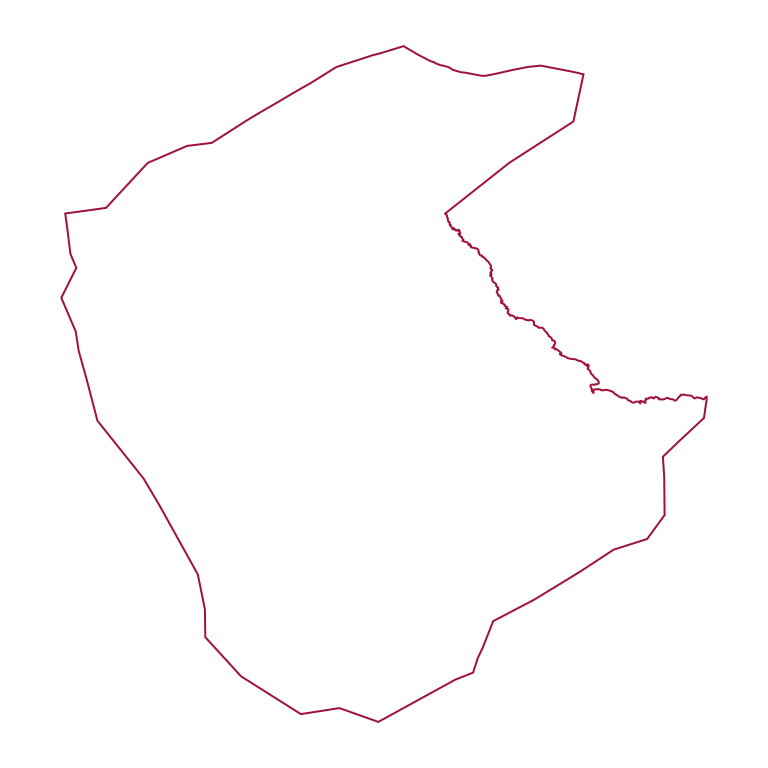 the district of Dashbalbar, Dornod, Mongolia
{"feature_id": "93677404B44284139751504", "entity_name": "Dashbalbar", "entity_type": "district", "adm_level": 2, "iso_a3": "MNG", "parent_name": "Mongolia", "parent_adm1": "Dornod", "projection": "natural_earth1", "projection_center": [114.612, 49.67], "detail": "fine", "context": "isolated", "style": "outline", "palette": "rose", "viewbox_px": 768, "rotation_deg": 0, "n_neighbors": 0, "source": "geoboundaries", "source_scale": "gbopen_adm2", "svg_char_len": 6065}
<svg xmlns="http://www.w3.org/2000/svg" viewBox="0 0 768 768"><path d="M300.8,714.1L339.4,708.1L378.3,721.9L455.2,679.7L473.1,672.6L477.8,658.0L482.8,647.5L493.2,621.1L534.3,599.6L578.9,572.4L613.7,549.6L647.1,539.0L664.6,515.1L664.2,476.6L662.9,456.7L679.5,440.8L704.0,417.9L706.7,398.9L706.6,396.9L705.2,397.6L703.9,399.3L702.4,399.0L701.4,398.3L700.6,398.0L697.2,397.4L696.6,397.5L694.5,398.4L694.2,398.3L693.4,397.5L691.5,395.9L690.5,395.6L686.3,395.2L683.7,394.5L682.4,395.1L681.5,394.6L681.0,394.7L680.3,395.3L680.1,396.1L678.6,397.2L676.9,399.6L676.4,400.0L675.0,400.6L674.3,400.5L673.3,399.5L672.2,399.1L669.8,399.1L668.7,398.3L667.6,397.9L666.9,397.9L664.6,399.0L663.4,399.4L659.6,399.4L659.2,399.3L659.4,398.7L659.0,398.4L658.1,398.1L657.4,397.3L656.9,397.1L655.6,396.8L654.8,397.3L653.9,398.4L652.7,397.9L652.2,397.4L651.4,397.2L650.8,397.7L649.7,397.6L649.3,397.7L647.8,398.8L646.2,398.6L645.6,399.2L645.7,399.4L646.0,399.7L645.9,400.1L645.2,400.9L645.1,401.2L645.2,401.6L645.6,402.3L645.6,402.6L645.3,402.7L644.5,402.7L643.9,401.7L643.4,401.5L642.3,401.8L642.0,401.3L641.6,401.1L640.1,401.0L639.8,401.4L639.8,401.8L640.3,402.8L640.2,403.3L639.9,403.2L638.9,401.8L637.4,401.7L636.7,401.5L636.1,401.6L634.5,402.5L633.2,402.7L632.2,402.5L630.5,401.1L628.3,400.3L627.8,399.9L627.4,399.0L626.7,398.5L623.7,397.4L622.5,397.9L621.0,397.4L618.3,396.2L617.8,395.6L615.0,394.0L614.3,393.5L613.7,392.4L613.4,392.2L612.2,391.8L611.9,391.4L610.5,390.9L607.5,390.0L605.5,389.8L604.4,390.2L603.3,390.1L602.0,390.4L601.2,390.2L600.3,389.5L599.4,389.4L598.9,389.2L597.1,389.4L595.8,389.2L594.8,389.3L594.3,389.8L593.6,390.7L593.4,392.0L593.7,393.7L593.1,392.5L592.7,392.0L592.3,391.7L591.6,390.3L591.6,390.0L592.1,389.2L591.9,388.7L591.3,388.1L590.5,386.5L590.4,385.8L590.5,385.4L591.0,384.9L592.5,384.5L594.2,384.8L594.7,384.7L595.8,384.2L597.5,384.1L598.4,383.6L598.9,382.7L598.4,381.2L597.9,380.4L596.5,378.9L595.3,378.4L593.6,376.4L592.9,375.2L591.3,373.9L590.7,373.2L590.6,372.7L590.7,371.8L589.9,370.8L588.7,369.5L588.0,369.1L587.7,368.6L588.5,366.5L588.7,365.3L588.4,364.9L588.0,364.5L587.4,364.4L587.0,364.7L586.9,365.5L586.8,365.8L586.5,365.6L586.4,364.8L585.9,364.6L585.2,364.6L584.7,364.4L584.6,363.3L583.1,362.7L581.1,361.3L580.2,360.9L577.7,360.6L576.2,359.5L575.3,359.3L570.4,358.8L568.3,358.3L564.2,356.2L561.2,355.2L560.3,354.6L559.9,354.2L560.2,353.8L561.0,353.8L561.4,353.5L561.4,353.1L561.0,352.6L559.4,351.5L557.1,349.5L555.9,349.1L555.1,349.3L554.8,349.2L554.8,348.2L554.5,347.9L552.6,347.5L553.4,346.7L553.9,345.1L554.5,344.6L554.9,343.9L555.2,342.8L555.1,342.2L554.2,340.7L552.2,340.2L551.7,338.4L550.6,337.2L548.8,336.2L548.6,335.7L548.7,335.2L548.5,334.9L547.4,333.9L547.0,332.8L546.7,332.3L545.4,331.5L544.2,330.2L543.9,329.2L543.6,328.7L542.7,328.1L540.9,327.6L539.5,327.8L538.5,327.7L538.0,326.9L534.4,325.1L534.0,324.8L534.0,322.8L533.8,321.5L533.2,321.0L531.7,320.2L530.2,319.9L529.6,319.9L529.3,320.3L528.7,320.4L526.6,319.9L526.1,320.0L525.7,319.9L524.4,319.0L522.1,318.2L519.4,318.1L518.5,318.0L517.5,317.4L517.1,317.7L516.5,319.0L516.0,318.9L515.3,318.3L515.1,318.0L515.1,317.5L514.0,316.3L513.2,316.2L512.2,315.5L510.3,315.6L510.5,315.0L508.6,314.1L508.5,313.6L507.6,312.7L507.6,312.3L508.2,311.0L508.4,309.4L508.1,309.1L507.4,309.0L507.2,308.6L506.2,308.3L507.0,307.6L506.9,306.9L506.0,306.8L505.5,306.2L504.7,305.9L504.7,304.7L503.7,304.0L503.4,304.0L502.6,303.4L501.6,303.2L501.3,302.9L500.9,302.4L501.1,302.1L501.6,302.1L502.1,301.8L502.5,301.4L502.5,301.1L502.4,300.8L501.5,300.5L501.1,300.2L501.5,299.2L501.3,298.5L500.4,297.7L499.7,295.9L499.4,295.7L498.6,295.8L498.2,295.6L498.3,294.8L497.2,293.2L497.2,292.3L496.7,291.5L497.3,290.7L498.4,289.9L498.5,289.5L498.3,289.2L497.7,289.2L498.1,287.9L498.1,287.4L496.8,286.8L496.1,285.7L496.2,284.9L496.0,284.0L495.1,283.2L494.7,283.0L494.2,282.4L493.5,282.2L492.8,281.5L492.5,281.0L492.5,280.3L492.1,279.7L492.5,278.7L492.4,278.2L492.0,277.9L491.7,277.2L491.3,276.6L491.2,276.1L490.3,275.8L490.2,275.5L490.9,275.4L491.4,274.8L491.5,274.3L490.6,273.8L491.0,272.9L490.5,272.4L491.5,271.4L491.6,270.7L492.2,270.1L492.0,269.7L491.3,269.5L491.1,269.2L491.1,268.4L490.4,267.7L490.9,266.8L491.1,265.8L489.2,263.3L489.0,262.6L488.5,261.8L487.4,261.2L486.2,259.7L485.3,258.8L484.7,258.5L484.3,257.7L483.7,257.2L482.3,256.8L481.9,255.6L481.4,255.4L480.6,255.5L480.2,255.4L480.0,255.1L479.4,254.0L479.1,253.8L479.2,253.0L478.9,252.6L478.5,252.4L478.7,251.3L478.5,250.9L478.5,250.4L478.4,250.0L477.2,248.7L476.0,248.5L475.0,248.0L472.2,247.6L471.3,247.4L470.9,247.1L471.1,246.0L470.0,245.5L470.2,244.8L470.1,244.4L469.4,244.2L468.4,244.6L468.3,244.4L468.5,243.7L468.4,243.4L467.3,242.5L466.1,241.8L464.6,241.8L462.7,240.9L463.1,240.6L463.4,239.8L462.2,238.4L461.9,237.3L461.6,236.9L460.8,236.7L459.4,235.3L459.7,234.6L459.6,234.3L458.7,234.3L458.6,234.2L458.6,233.7L458.8,233.6L459.2,233.9L460.0,234.0L460.3,233.6L459.9,233.1L459.7,231.7L459.1,231.3L459.4,230.5L459.2,230.1L457.9,229.9L457.4,230.1L457.3,230.4L456.7,230.4L456.2,230.7L455.8,229.9L454.4,229.4L453.9,229.6L453.5,229.4L454.2,228.6L454.2,228.4L453.8,228.1L453.4,228.2L452.9,228.9L452.5,229.0L452.4,228.8L452.3,228.2L451.6,227.5L451.3,226.4L450.5,226.0L450.3,225.7L450.6,225.0L450.3,224.7L449.7,224.6L449.6,224.3L449.7,222.5L448.6,222.0L448.4,221.6L448.3,220.6L447.7,220.0L447.9,219.2L447.7,218.0L447.0,217.1L446.9,216.9L446.9,215.2L446.6,214.8L445.4,214.1L445.1,213.6L509.4,162.7L573.4,121.5L583.5,74.3L581.8,74.0L579.0,73.2L572.8,71.8L540.7,65.6L527.6,67.0L510.9,70.3L498.4,73.2L486.8,75.6L485.4,75.8L482.4,75.8L481.0,75.7L466.1,72.8L460.4,72.1L452.5,69.7L448.8,67.2L442.6,65.5L440.7,65.3L435.3,63.2L434.0,62.1L430.8,61.3L419.0,55.2L407.4,48.5L403.7,46.1L382.6,52.6L372.1,55.4L336.4,67.0L310.6,83.1L295.8,91.5L274.6,104.0L258.9,113.1L246.3,120.7L211.7,142.9L187.1,145.9L147.7,162.9L106.0,207.9L65.2,213.5L67.5,229.9L70.4,253.8L76.3,267.9L61.3,297.8L75.7,331.4L78.7,350.8L87.3,381.8L97.4,420.7L143.7,478.7L159.7,505.8L197.8,574.4L204.9,609.2L205.3,637.2L241.0,676.3L300.8,714.1Z" fill="none" stroke="#9f1239" stroke-width="2"/></svg>